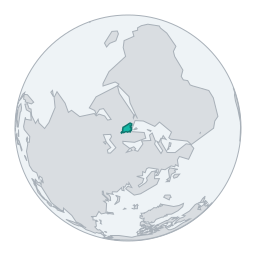 globe centered on Syria, rotated 180°
{"feature_id": "SYR", "entity_name": "Syria", "entity_type": "country or territory", "adm_level": 0, "iso_a3": "SYR", "parent_name": "Asia", "parent_adm1": "", "projection": "orthographic", "projection_center": [38.0, 34.807], "detail": "fine", "context": "on_globe", "style": "filled", "palette": "teal", "viewbox_px": 256, "rotation_deg": 180, "n_neighbors": 0, "source": "natural_earth", "source_scale": "50m", "svg_char_len": 11326}
<svg xmlns="http://www.w3.org/2000/svg" viewBox="0 0 256 256"><g transform="rotate(180 128 128)"><circle cx="128" cy="128" r="113" fill="#eef3f6" stroke="#a8b0b8"/><path d="M115.1,16.1L119.8,15.8L132.9,16.0L137.7,16.1L136.1,16.3L145.8,16.8L153.4,18.3L144.4,16.7L143.1,16.7L148.0,17.6L147.7,17.8L150.0,18.4L149.2,18.7L144.0,18.1L143.4,18.4L147.0,19.0L148.4,19.9L143.4,18.9L145.4,20.5L137.1,20.5L124.1,18.7L119.0,20.0L104.3,21.9L105.2,22.4L100.2,23.9L99.3,25.1L96.8,25.4L98.2,26.2L100.6,25.7L102.1,26.0L101.8,26.7L98.6,27.1L98.2,26.8L97.1,27.3L95.7,27.3L96.2,27.7L92.4,28.3L95.7,28.9L92.2,30.4L89.8,30.5L90.8,28.9L87.4,26.2L85.3,26.3L81.3,27.8L72.4,33.6L69.7,34.6L65.6,37.1L66.8,37.1L70.4,35.2L71.5,36.1L75.8,34.0L76.9,34.2L81.0,33.0L79.6,34.9L76.0,37.7L72.5,38.9L70.9,40.2L73.6,40.7L66.5,45.0L60.8,51.4L59.0,52.4L56.7,51.2L58.2,46.7L55.2,46.2L56.3,48.5L51.9,51.6L50.9,53.1L50.7,54.2L52.0,53.9L50.4,55.5L48.6,53.5L50.1,52.0L50.6,52.5L51.3,50.6L50.1,49.8L47.9,51.7L48.3,49.4L46.8,50.8L46.0,51.3L48.4,49.1L44.1,53.2L44.1,52.9L49.7,47.0L55.8,41.5L62.3,36.5L69.1,32.0L76.2,28.0L83.6,24.5L91.2,21.5L99.0,19.1L107.0,17.3L115.1,16.1ZM16.2,114.6L15.7,122.0L15.5,127.5L15.4,129.1L15.6,132.2L15.6,133.8L18.0,146.0L20.6,155.3L21.5,160.9L21.2,163.3L22.8,168.3L19.9,159.7L17.7,150.8L16.2,141.8L15.5,132.8L15.4,123.7L16.2,114.6ZM141.3,16.3L138.6,16.0L141.3,16.2L141.3,16.3ZM150.4,18.5L151.3,18.6L152.1,18.9L150.4,18.5ZM81.5,32.0L81.2,32.5L80.6,32.4L81.5,32.0ZM83.5,31.1L82.9,30.7L83.8,30.2L84.2,30.5L83.5,31.1ZM151.7,19.7L152.7,20.4L150.7,19.6L151.7,19.7ZM84.0,31.7L85.4,29.5L87.0,28.7L89.6,29.0L84.0,31.7ZM152.7,20.7L155.3,22.6L157.3,22.8L152.9,23.5L152.2,21.5L149.5,20.4L151.8,20.9L152.7,20.7ZM101.5,25.2L98.9,25.8L101.4,24.7L101.5,25.2ZM102.7,24.5L108.2,21.3L111.9,21.1L109.3,22.1L114.3,21.5L113.4,22.9L110.5,23.6L108.3,23.4L109.6,24.2L102.7,24.5ZM150.0,23.7L149.9,24.2L149.0,23.6L150.0,23.7ZM102.8,26.0L103.6,25.3L106.8,25.0L105.9,26.4L105.1,26.0L102.8,26.0ZM116.1,20.7L118.3,20.9L118.2,22.1L119.0,22.3L113.7,23.0L116.1,20.7ZM104.2,26.5L105.3,27.2L103.5,28.0L102.3,26.7L104.2,26.5ZM108.1,24.4L109.6,24.4L108.4,24.8L108.1,24.4ZM97.7,31.8L98.5,30.8L100.3,30.5L97.7,31.8ZM105.8,27.4L106.4,27.1L107.2,26.9L107.5,27.6L105.8,27.4ZM114.0,23.8L113.5,24.4L116.2,23.6L116.2,24.6L112.6,24.9L114.2,25.2L114.2,25.6L111.3,25.5L114.0,23.8ZM110.2,27.8L105.7,28.8L103.7,30.7L102.1,30.9L105.6,27.8L110.2,27.8ZM111.1,26.4L110.2,27.3L108.6,27.0L108.3,26.3L111.1,26.4ZM117.5,25.3L118.4,23.6L119.1,23.6L117.5,25.3ZM110.0,28.3L111.1,28.1L110.0,28.5L110.0,28.3ZM115.5,26.2L115.7,25.6L116.6,25.6L115.5,26.2ZM113.1,28.2L111.6,28.5L111.3,28.0L113.1,28.2ZM114.4,27.3L115.6,27.5L112.1,27.6L114.4,27.0L114.4,27.3ZM116.3,26.3L116.9,26.2L116.1,26.6L116.3,26.3ZM115.0,30.3L110.7,30.5L110.1,29.2L114.3,29.1L115.0,30.3ZM42.7,158.2L38.1,139.6L41.2,135.0L42.4,127.8L64.6,111.5L68.6,114.9L85.3,116.8L87.2,118.3L84.5,123.9L96.5,133.9L101.2,129.6L112.7,135.0L120.9,135.4L125.1,124.4L111.8,123.5L110.2,117.8L121.5,113.7L133.2,114.7L133.0,112.6L126.2,107.6L129.5,103.7L123.9,105.5L125.7,107.8L122.2,109.2L120.3,107.2L121.6,105.8L118.2,104.7L113.1,112.0L114.4,115.1L105.2,115.5L106.5,120.9L103.8,123.0L100.6,114.8L101.4,112.0L95.0,102.5L93.3,105.4L99.2,114.7L97.1,113.6L94.9,118.1L94.9,113.9L88.8,103.5L80.9,103.4L69.8,112.2L65.4,111.5L62.2,107.7L67.4,96.7L76.6,99.5L78.6,96.1L77.7,89.8L80.5,91.3L81.3,89.2L84.9,90.1L90.9,86.3L94.6,86.8L97.9,80.7L100.3,80.3L97.7,83.9L97.9,86.8L107.4,88.3L109.5,87.2L110.9,83.3L113.3,84.4L113.4,80.4L119.3,79.6L112.2,77.5L113.6,73.3L117.7,70.5L116.8,68.9L110.2,73.4L108.7,75.7L109.5,78.1L104.3,84.4L100.9,85.0L101.5,77.3L96.6,77.4L99.2,71.7L115.5,62.2L121.8,60.9L130.3,67.2L128.3,69.7L124.2,68.5L127.1,73.3L127.3,71.1L129.3,72.2L131.2,68.8L132.7,69.4L131.9,65.3L134.0,65.7L134.5,68.3L139.0,64.1L143.6,64.2L143.9,62.9L142.9,61.6L149.3,62.9L149.3,61.9L147.1,61.1L145.6,58.9L145.4,55.5L147.6,56.1L148.0,57.4L152.2,61.2L152.8,64.9L153.7,64.8L153.7,61.8L148.6,57.1L147.9,54.9L150.6,56.8L149.5,55.9L149.9,55.0L152.3,54.8L149.4,52.6L150.0,43.1L154.7,42.1L157.1,44.6L159.9,39.6L165.0,39.5L163.0,38.6L163.0,36.1L161.4,36.1L160.4,35.5L159.6,29.8L161.2,29.1L158.6,26.3L157.6,26.0L156.3,26.3L152.9,23.5L157.3,22.8L159.4,23.5L160.8,22.8L165.4,24.8L169.8,26.3L174.0,29.3L177.1,30.4L177.3,30.1L181.7,31.6L190.1,36.6L182.5,34.1L169.8,28.3L174.9,30.7L173.5,30.7L175.2,32.0L178.9,33.8L179.5,33.6L184.2,40.6L192.5,47.9L192.5,45.2L195.1,45.8L204.6,53.2L214.6,69.3L218.2,71.3L220.2,73.8L220.9,77.2L218.1,73.5L216.5,73.8L214.8,71.4L215.0,76.0L212.6,72.8L214.0,78.2L216.3,79.8L217.0,76.8L219.3,83.2L223.3,85.2L226.6,90.5L229.5,104.6L228.2,112.0L228.7,114.0L226.7,113.7L226.2,119.5L231.8,126.5L232.4,129.6L230.6,138.8L230.2,136.7L224.8,135.8L225.4,143.7L229.6,146.2L231.1,151.8L228.6,152.3L226.9,147.5L225.0,147.0L224.3,140.4L220.5,132.6L217.9,136.8L217.0,133.0L211.4,127.5L207.1,133.4L200.9,148.4L201.9,158.5L199.0,164.3L190.9,152.8L187.6,143.6L184.5,145.7L176.3,139.4L161.7,142.5L159.8,140.1L157.0,141.9L151.3,140.0L148.4,135.9L144.9,136.6L152.5,147.4L156.4,146.6L159.8,141.5L161.2,145.5L166.7,148.1L159.9,159.2L138.5,170.2L136.7,162.7L122.2,141.1L122.8,138.6L122.7,138.3L122.6,137.8L120.9,141.9L118.5,137.5L125.9,153.0L127.0,159.4L138.2,170.7L137.1,171.9L140.8,174.0L153.0,170.0L153.0,172.5L147.0,184.4L130.4,199.6L132.8,208.4L131.9,215.4L122.1,219.7L123.4,224.4L118.4,225.8L118.4,228.2L114.7,230.3L108.2,231.8L96.7,230.0L95.6,228.0L89.2,222.9L80.1,209.7L82.6,204.6L81.3,199.5L73.1,185.9L74.8,179.6L72.7,176.1L68.3,175.4L65.9,171.1L63.3,170.1L47.2,165.5L42.7,158.2ZM56.2,122.0L55.4,124.1L56.2,122.0ZM145.3,121.6L152.6,121.3L149.9,114.5L152.5,113.9L150.6,111.9L149.7,114.0L145.2,108.4L148.6,106.0L148.0,103.0L145.5,103.0L140.1,108.3L146.4,116.2L144.5,119.2L145.3,121.6ZM52.0,51.7L52.1,51.9L51.6,53.3L51.1,53.1L52.0,51.7ZM53.4,57.4L50.7,59.9L52.3,57.8L51.2,57.9L53.1,53.8L58.2,52.8L55.6,53.9L53.4,57.4ZM57.2,48.5L55.3,50.9L57.1,48.3L57.2,48.5ZM82.0,77.8L82.9,79.6L81.0,81.7L76.3,81.9L78.9,78.8L82.0,77.8ZM84.6,81.7L86.5,74.4L89.5,74.3L87.5,75.6L89.3,76.2L86.5,78.5L87.6,85.8L86.0,88.1L78.1,86.7L81.5,85.8L80.5,84.0L84.6,81.7ZM85.9,58.6L86.8,56.1L92.3,58.8L90.9,60.9L86.0,61.0L84.9,58.7L85.9,58.6ZM88.3,32.9L88.3,32.2L89.2,32.0L89.9,32.4L88.3,32.9ZM97.9,31.4L89.3,35.6L88.9,35.1L84.4,38.6L81.4,38.6L84.4,36.2L78.8,39.0L80.3,36.8L76.6,39.0L83.6,33.7L84.7,32.1L84.6,33.9L87.3,33.9L88.8,33.5L93.9,31.1L97.7,28.0L101.0,27.8L102.3,28.5L101.9,29.2L99.9,29.0L100.8,30.1L97.6,30.5L97.9,31.4ZM115.8,40.5L113.6,39.4L114.9,42.8L111.7,42.7L112.0,43.1L109.4,44.0L106.9,45.9L105.5,45.5L105.1,46.4L103.4,47.2L102.3,48.3L99.5,48.2L98.1,49.7L97.6,48.8L95.8,51.5L95.9,49.5L93.6,50.4L94.7,51.8L82.3,49.5L77.0,50.5L72.5,52.6L73.3,49.3L78.0,45.3L84.4,41.9L89.4,41.6L88.8,40.3L91.0,39.8L90.5,41.0L92.6,38.9L94.3,38.8L100.0,36.6L102.0,33.8L104.1,33.1L104.2,34.2L106.3,32.7L107.9,34.3L109.4,33.8L112.6,35.1L111.8,37.7L113.6,37.0L116.1,38.2L115.8,40.5ZM115.8,30.7L115.6,33.5L113.8,34.9L109.1,32.1L107.4,32.3L104.4,30.8L107.1,28.9L107.7,29.5L109.0,29.6L107.6,30.1L109.6,29.8L110.6,30.6L112.4,30.6L111.8,31.5L115.8,30.7ZM90.0,116.6L91.5,117.2L94.2,117.4L92.8,120.4L90.0,116.6ZM85.7,109.5L87.2,109.5L86.6,113.4L84.9,112.9L85.7,109.5ZM88.6,106.2L87.3,109.2L87.0,107.2L88.6,106.2ZM99.1,83.7L100.8,83.5L100.8,84.5L99.6,85.8L99.1,83.7ZM118.8,51.7L117.9,50.6L118.5,50.2L118.6,47.3L121.0,47.3L121.9,49.0L118.8,51.7ZM122.5,126.2L119.9,128.3L118.8,127.2L119.9,126.7L122.5,126.2ZM105.4,124.6L109.1,126.5L105.0,125.4L105.4,124.6ZM121.5,51.2L121.2,50.0L122.6,50.8L121.5,51.2ZM122.8,47.2L124.4,47.8L121.3,46.9L122.8,47.2ZM166.3,233.9L166.9,233.7L165.2,234.3L166.3,233.9ZM151.5,212.9L144.1,224.6L138.7,225.0L137.6,222.1L140.1,215.2L146.4,212.6L149.4,209.0L151.5,212.9ZM237.7,153.3L238.1,152.0L238.0,152.5L237.7,153.3ZM237.4,153.6L238.0,151.8L237.1,154.9L237.4,153.6ZM238.7,148.8L238.2,151.1L238.8,148.2L238.7,148.8ZM236.9,155.0L233.1,162.0L231.2,163.6L231.9,161.4L234.9,157.3L236.9,155.0ZM231.8,161.6L228.6,161.3L222.3,153.8L224.6,152.1L230.8,154.1L230.4,155.9L232.4,156.9L231.8,161.6ZM238.4,143.1L238.0,147.6L236.1,151.2L235.1,152.3L234.5,148.3L234.9,145.0L235.8,143.6L237.8,128.9L238.8,129.1L238.5,134.7L239.2,136.6L238.4,143.1ZM202.5,159.2L205.2,163.8L203.5,165.6L202.5,159.2ZM237.6,120.2L237.5,126.5L237.2,119.1L237.6,120.2ZM236.8,113.9L237.3,115.8L236.6,114.8L236.8,113.9ZM229.7,116.9L228.8,118.8L228.2,117.5L229.1,114.1L229.7,116.9ZM229.2,95.1L231.1,99.2L231.6,100.9L230.3,99.1L229.2,95.1ZM141.5,51.4L138.7,55.3L138.2,58.4L140.4,60.7L136.1,59.3L136.8,54.4L141.5,51.4ZM148.7,44.0L146.7,42.3L148.3,42.1L149.0,42.5L148.7,44.0ZM147.0,43.6L143.1,43.3L142.5,41.8L145.7,42.3L147.0,43.6ZM132.3,46.8L131.3,47.9L130.2,47.2L132.3,46.8ZM239.6,136.4L239.8,138.2L240.3,134.2L239.9,138.3L239.9,140.9L239.6,143.1L239.7,140.1L239.1,145.3L238.9,146.3L239.0,142.8L239.5,136.9L239.7,133.8L240.5,128.8L239.6,136.4ZM240.6,128.5L240.6,127.0L240.6,124.6L240.6,125.4L240.6,125.9L240.6,128.5ZM240.0,121.9L239.3,120.3L239.1,123.2L238.9,115.2L239.7,118.1L240.0,121.9ZM238.6,115.9L238.5,118.6L238.2,114.3L238.6,115.9ZM238.2,117.8L237.6,115.6L237.9,114.8L238.2,117.8ZM238.7,115.3L237.8,111.0L238.5,112.7L238.7,115.3ZM236.0,110.9L237.7,112.2L236.5,113.9L234.0,106.4L234.3,104.8L236.0,110.9ZM222.4,73.3L221.0,71.6L220.6,69.9L221.7,71.5L222.4,73.3ZM218.0,63.6L220.0,69.0L221.4,73.7L222.1,73.7L224.4,77.7L222.1,75.9L219.5,70.2L218.8,67.3L216.6,64.2L214.7,60.8L211.7,57.8L210.2,55.7L212.8,57.6L218.0,63.6ZM210.4,56.7L204.5,51.1L204.8,49.6L206.2,50.5L208.8,53.6L208.5,54.2L210.4,56.7ZM203.2,49.4L202.8,50.0L193.4,44.8L191.5,43.4L198.8,46.1L198.9,46.9L201.1,48.6L203.2,49.4ZM151.1,24.4L150.0,24.2L150.8,24.0L151.1,24.4ZM159.5,35.6L158.4,34.8L159.3,34.5L159.5,35.6ZM155.7,32.6L155.4,33.5L154.7,32.2L155.7,32.6ZM155.0,35.7L154.8,33.7L156.3,36.0L155.0,35.7Z" fill="#d9dde1" stroke="#a8b0b8" stroke-width="1"/><path d="M124.6,125.8L124.8,125.8L125.0,126.0L125.1,125.8L125.2,125.7L125.4,125.6L125.4,125.3L125.5,125.2L125.8,125.2L125.7,124.7L125.8,124.3L125.8,124.1L126.1,124.1L126.3,124.2L126.4,124.3L126.5,124.4L126.9,124.4L127.1,124.4L127.6,124.2L127.9,124.1L128.3,123.9L128.5,123.9L128.7,124.0L128.9,124.1L129.1,124.2L129.2,124.3L129.4,124.3L129.7,124.3L130.1,124.3L130.4,124.3L130.7,124.2L131.2,124.0L131.8,123.6L132.2,123.4L132.4,123.4L132.6,123.4L132.9,123.4L133.1,123.5L133.5,123.4L133.9,123.3L134.1,123.3L134.4,123.2L134.5,123.0L134.8,123.3L134.7,123.6L134.4,123.9L134.3,124.1L134.0,124.4L133.8,124.4L133.4,124.6L133.2,124.8L133.2,125.0L133.2,125.4L133.3,125.7L133.3,125.9L133.4,126.1L133.4,126.3L133.3,126.5L133.2,126.7L133.2,127.0L133.1,127.5L133.2,127.9L133.2,128.0L133.0,128.3L132.8,128.7L132.8,128.8L132.4,128.9L131.9,129.2L131.5,129.5L131.0,129.7L130.6,130.0L130.1,130.3L129.7,130.5L129.3,130.8L128.8,131.1L128.4,131.4L128.1,131.6L127.6,131.9L127.3,132.1L126.9,132.4L126.5,132.6L126.0,132.9L125.5,132.8L125.3,132.7L125.2,132.6L124.8,132.4L124.6,132.2L124.3,132.0L124.4,131.9L124.5,131.6L124.5,131.3L124.4,131.3L124.4,131.2L124.4,130.9L124.5,130.7L124.8,130.4L124.7,130.3L124.6,130.2L124.8,130.0L124.9,129.9L125.0,129.9L125.3,129.9L125.2,129.8L125.2,129.7L125.3,129.5L125.5,129.5L125.6,129.3L125.7,129.1L125.6,128.7L125.4,128.6L125.5,128.4L125.4,128.3L125.2,128.2L125.2,128.3L124.7,128.3L124.6,127.9L124.6,127.7L124.7,127.1L124.7,126.9L124.4,126.5L124.6,125.9L124.6,125.8Z" fill="#14b8a6" stroke="#0f766e" stroke-width="1.5"/></g></svg>